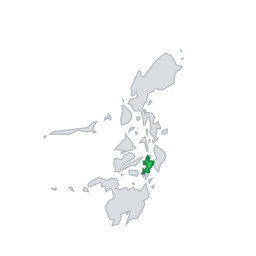 Leyte, Leyte, Philippines (highlighted), rotated 37°
{"feature_id": "2640588B34650846802583", "entity_name": "Leyte", "entity_type": "district", "adm_level": 2, "iso_a3": "PHL", "parent_name": "Philippines", "parent_adm1": "Leyte", "projection": "mercator", "projection_center": [124.645, 10.874], "detail": "fine", "context": "in_parent", "style": "filled", "palette": "green", "viewbox_px": 256, "rotation_deg": 37, "n_neighbors": 0, "source": "geoboundaries", "source_scale": "gbopen_adm2", "svg_char_len": 7244}
<svg xmlns="http://www.w3.org/2000/svg" viewBox="0 0 256 256"><g transform="rotate(37 128 128)"><path d="M119.3,44.2L128.9,48.5L134.3,46.3L132.8,57.0L137.6,64.3L132.6,76.9L125.7,80.3L125.8,83.8L123.1,88.4L127.0,96.2L126.1,98.3L127.9,103.8L133.6,106.9L133.5,104.0L138.9,101.8L142.9,103.5L145.0,109.3L147.6,108.2L147.9,105.2L154.2,108.1L154.1,109.7L150.8,110.7L154.3,115.6L153.8,117.7L158.4,118.7L157.4,124.9L155.0,123.3L155.9,120.3L147.7,118.6L145.8,113.4L138.5,107.2L136.9,107.5L139.5,114.0L138.6,116.6L135.7,112.3L128.0,106.8L122.5,110.6L116.0,107.5L113.4,108.6L113.1,103.5L117.3,97.4L112.7,94.3L112.7,99.6L110.8,100.0L108.4,95.5L106.2,94.7L102.3,76.0L103.0,75.0L107.2,78.7L109.9,77.9L109.8,57.4L112.9,45.6L119.3,44.2ZM175.5,161.7L184.8,168.0L186.2,172.2L184.1,176.8L187.0,178.3L188.2,181.9L189.8,194.3L184.8,199.5L184.7,206.5L180.0,193.2L178.3,194.1L174.3,201.6L177.0,204.5L178.0,210.8L173.9,215.7L172.4,209.6L168.5,212.1L157.6,205.3L156.4,197.6L159.2,192.4L152.3,186.9L150.1,187.1L148.8,192.3L145.0,188.5L141.7,190.7L141.1,188.2L138.8,187.7L132.7,198.2L130.4,198.0L129.9,195.0L134.0,185.3L142.6,182.6L144.4,178.9L149.3,175.4L154.7,179.0L154.0,183.9L159.1,181.6L161.8,176.8L166.0,177.3L167.8,171.9L171.3,173.3L172.1,171.2L175.9,171.4L175.5,161.7ZM147.9,168.0L143.7,170.8L142.0,167.4L138.1,165.3L136.0,160.9L136.9,159.1L141.9,157.4L141.4,152.0L143.5,147.0L147.0,145.6L150.3,146.5L151.0,148.4L145.8,160.3L147.9,168.0ZM172.5,125.4L176.3,129.9L175.8,137.7L178.9,144.8L172.4,143.6L169.9,141.0L168.4,138.2L169.4,135.5L162.3,130.4L160.4,124.9L172.5,125.4ZM129.8,134.3L141.7,137.7L142.4,139.7L145.8,138.5L145.3,141.7L140.8,147.8L130.3,152.8L132.2,137.1L129.8,134.3ZM85.1,168.3L69.4,179.8L71.1,175.3L95.2,152.3L96.3,145.8L99.4,141.4L99.1,146.1L101.2,152.0L94.8,157.8L89.5,159.6L85.1,168.3ZM110.3,112.4L120.6,113.5L124.8,117.5L125.0,124.0L121.1,129.5L117.0,125.6L113.6,117.0L109.5,113.8L110.3,112.4ZM164.0,141.0L168.5,140.6L169.8,142.7L169.6,148.3L172.9,154.5L171.3,156.1L169.3,153.8L169.8,158.1L166.6,156.4L166.7,148.3L165.1,146.0L162.3,146.5L160.8,138.5L164.0,141.0ZM148.5,165.7L148.7,159.0L157.1,141.9L156.7,153.3L152.7,156.9L148.5,165.7ZM164.2,161.3L158.2,163.8L155.8,163.5L154.2,160.9L160.9,156.5L164.0,158.2L164.2,161.3ZM146.8,124.7L157.1,132.8L157.2,135.6L149.8,129.5L145.8,133.3L146.8,124.7ZM161.1,110.9L158.8,112.2L157.1,110.4L159.5,105.0L162.0,107.7L161.1,110.9ZM135.0,202.7L130.4,205.1L128.7,201.9L131.6,200.9L135.0,202.7ZM103.7,128.4L108.1,129.5L109.2,132.2L105.3,132.3L103.7,128.4ZM129.8,112.1L132.4,113.1L130.9,116.5L128.7,114.9L129.8,112.1ZM118.5,209.2L123.3,211.3L116.4,211.1L118.5,209.2ZM178.3,159.7L175.8,157.0L178.0,152.8L177.8,155.4L178.3,159.7ZM132.7,123.8L131.1,131.0L129.9,128.0L130.9,124.5L132.7,123.8ZM107.3,219.1L107.6,221.2L102.9,222.5L107.3,219.1ZM131.3,92.6L131.2,95.9L130.0,97.3L128.8,92.2L131.3,92.6ZM139.9,148.9L137.8,153.0L137.8,150.6L139.9,148.9ZM105.6,133.5L104.5,136.4L103.4,133.0L105.6,133.5ZM164.4,139.0L162.8,139.1L161.2,136.8L163.2,136.5L164.4,139.0ZM138.6,125.9L138.6,128.6L136.3,126.4L138.6,125.9ZM184.5,161.2L182.2,160.7L183.2,157.8L184.5,161.2ZM144.3,117.7L148.5,123.1L143.2,117.8L144.3,117.7ZM105.3,151.1L102.5,152.6L103.3,150.2L105.3,151.1ZM152.2,168.0L151.6,170.2L150.1,169.1L152.2,168.0ZM152.8,124.3L153.8,127.6L151.7,123.5L152.8,124.3ZM67.7,186.1L66.2,185.9L66.5,183.9L67.6,183.7L67.7,186.1ZM167.0,169.7L165.1,169.9L165.0,168.6L166.1,168.4L167.0,169.7ZM179.5,198.0L178.2,196.6L178.6,195.1L179.5,195.9L179.5,198.0ZM107.9,108.4L108.7,110.2L106.5,108.1L107.9,108.4ZM172.4,157.0L173.1,159.4L171.2,156.5L172.4,157.0ZM130.7,39.5L128.6,41.1L130.2,38.8L130.7,39.5ZM133.1,105.3L130.3,103.9L130.4,103.0L133.1,105.3ZM123.1,33.5L124.9,35.2L122.8,34.1L123.1,33.5Z" fill="#d9dde1" stroke="#a8b0b8" stroke-width="1"/><path d="M171.7,150.7L171.3,150.4L171.3,150.2L170.9,149.9L171.0,149.5L170.6,149.4L170.5,149.2L170.4,149.2L170.2,149.3L170.0,149.2L169.9,149.0L169.7,149.0L169.7,148.9L169.6,148.6L169.5,148.0L169.5,147.5L169.7,146.8L169.9,146.4L170.0,145.6L169.9,144.9L170.0,144.6L169.9,144.5L169.7,144.3L169.8,143.7L169.7,143.5L169.5,143.4L169.8,142.9L169.8,142.4L169.7,142.4L169.8,142.4L169.7,142.6L169.8,142.7L169.7,142.8L169.5,142.6L169.5,142.4L169.5,142.2L169.4,142.3L169.3,142.1L169.2,142.2L169.0,141.8L169.0,141.5L169.0,141.3L169.0,141.1L169.0,140.7L169.1,140.4L169.1,140.5L169.2,140.3L168.9,140.3L168.8,140.2L168.7,139.9L168.5,140.0L168.3,140.1L168.2,140.0L168.1,140.3L168.1,140.2L168.0,139.9L167.9,139.7L167.8,139.8L167.8,140.0L167.7,140.1L167.7,139.9L167.5,140.0L167.4,139.8L167.5,139.9L167.4,139.9L167.2,139.9L167.1,140.0L166.9,140.2L167.0,140.4L166.7,140.6L166.5,140.9L166.4,140.9L166.4,141.0L166.1,141.2L165.9,141.3L165.7,141.3L165.6,141.5L165.4,141.5L165.2,141.5L164.9,141.6L164.7,141.5L164.4,141.4L164.2,141.5L164.1,141.4L164.1,141.5L163.7,141.0L163.6,140.6L163.5,140.2L163.5,139.9L163.3,139.8L162.9,139.6L162.7,139.5L162.8,139.5L162.8,139.4L162.7,139.5L162.6,139.9L162.7,140.0L162.8,140.1L162.7,140.2L162.8,140.3L162.8,140.5L162.7,140.4L162.7,140.6L162.6,140.3L162.5,140.2L162.2,139.8L162.2,139.7L161.9,139.3L161.8,139.2L161.7,139.1L161.3,138.7L161.2,138.7L160.8,138.2L160.6,138.1L160.4,138.4L160.3,138.5L160.3,139.0L160.4,139.4L160.6,139.5L160.6,139.9L160.7,140.0L160.8,140.1L161.0,140.1L161.0,140.3L160.8,140.3L160.8,140.5L161.1,140.5L161.2,140.8L161.0,140.7L160.9,141.0L161.0,141.1L161.0,141.4L161.2,141.5L161.3,141.5L161.5,141.6L161.5,141.9L161.4,141.9L161.5,142.1L161.6,142.3L161.6,142.2L161.8,142.3L161.7,142.4L161.7,142.5L161.5,142.8L161.5,143.1L161.8,143.9L161.8,144.0L161.7,144.1L161.5,144.3L161.6,144.5L161.3,144.7L161.5,144.7L161.5,144.9L161.7,145.1L161.8,145.0L161.7,145.1L161.8,145.2L161.7,145.3L161.8,145.3L161.7,145.5L161.8,145.6L161.8,145.8L161.7,146.0L161.5,146.4L161.4,146.4L161.4,146.5L161.5,146.5L161.8,146.5L162.0,146.4L161.9,146.1L162.0,146.2L162.0,146.3L162.1,146.5L162.2,146.8L162.3,147.0L162.4,146.8L162.6,147.1L162.9,147.3L162.9,147.2L163.0,147.3L163.1,147.2L163.4,146.9L163.5,146.7L163.7,146.4L163.6,146.2L163.7,145.9L163.9,145.5L163.9,145.3L164.2,145.3L164.4,145.5L164.4,145.4L164.5,145.5L164.6,145.8L165.0,146.1L165.4,146.3L165.5,146.4L165.5,146.6L165.7,147.1L166.4,147.8L166.7,148.4L166.7,148.6L166.7,148.8L166.8,149.0L166.8,149.3L166.8,149.6L166.8,149.8L166.9,150.0L166.6,150.2L166.6,150.4L166.5,150.6L166.4,151.1L166.4,151.5L166.2,151.9L166.0,152.1L165.9,152.2L165.9,152.3L166.0,152.4L165.9,152.4L166.0,152.7L165.9,152.9L165.9,153.3L166.0,153.6L166.4,153.9L166.7,154.2L166.7,154.3L166.8,154.4L166.8,154.6L166.5,155.4L166.4,155.7L166.5,155.8L166.4,156.1L166.5,156.1L166.8,156.0L167.0,155.9L167.3,155.7L167.5,155.5L167.6,155.4L167.7,155.2L167.8,155.2L168.1,155.1L168.3,154.9L168.3,154.7L168.2,154.6L168.1,153.8L168.1,153.7L167.9,153.4L167.9,153.2L168.0,152.9L168.0,152.4L168.2,152.0L169.0,152.0L169.6,151.8L170.4,151.7L170.5,151.6L170.4,151.5L170.5,151.3L171.3,150.8L171.5,150.9L171.7,150.7ZM168.9,139.9L168.8,140.0L168.9,140.3L169.0,140.3L169.2,140.2L168.9,139.9ZM165.3,152.1L165.2,152.2L165.3,152.1ZM168.1,139.7L168.0,139.8L168.1,139.7ZM164.8,151.5L164.7,151.5L164.8,151.6L164.8,151.5ZM168.3,139.9L168.2,139.8L168.3,139.9L168.3,139.9ZM167.6,139.7L167.5,139.8L167.6,139.7ZM165.2,151.7L165.2,151.8L165.2,151.7Z" fill="#22c55e" stroke="#15803d" stroke-width="1.5"/></g></svg>